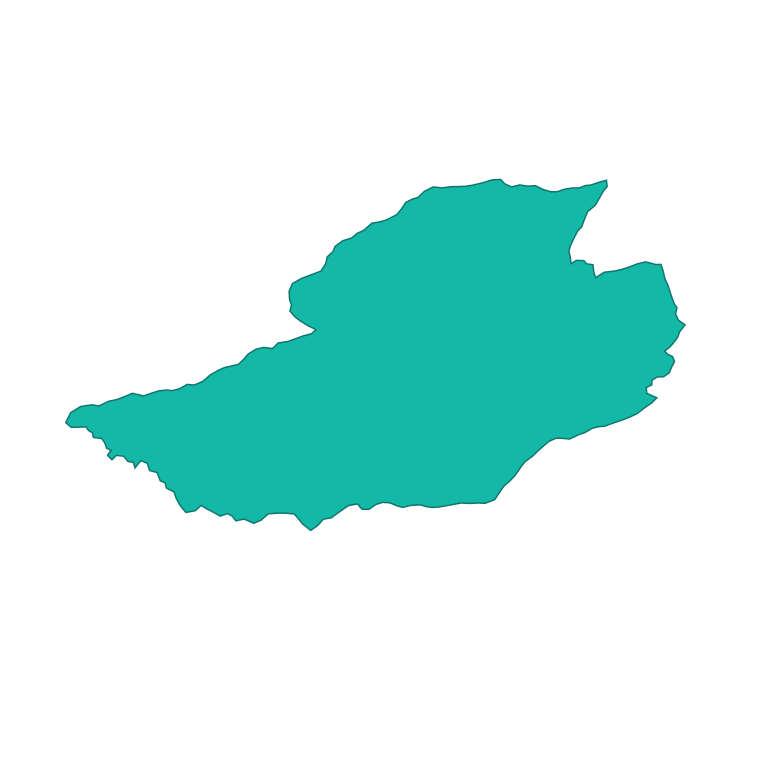 outline of Curitiba, Paraná, Brazil, rotated 63°
{"feature_id": "56859067B20014913756231", "entity_name": "Curitiba", "entity_type": "district", "adm_level": 2, "iso_a3": "BRA", "parent_name": "Brazil", "parent_adm1": "Paraná", "projection": "equal_earth", "projection_center": [-49.292, -25.495], "detail": "fine", "context": "isolated", "style": "filled", "palette": "teal", "viewbox_px": 768, "rotation_deg": 63, "n_neighbors": 0, "source": "geoboundaries", "source_scale": "gbopen_adm2", "svg_char_len": 3020}
<svg xmlns="http://www.w3.org/2000/svg" viewBox="0 0 768 768"><g transform="rotate(63 384 384)"><path d="M303.4,93.3L301.7,101.6L300.7,109.2L298.6,114.5L298.0,120.9L294.9,127.0L292.3,135.1L291.4,142.1L288.5,148.0L283.1,153.8L276.0,159.1L273.0,166.0L268.2,172.8L266.3,180.9L260.4,185.6L254.7,187.2L251.2,195.1L249.6,204.3L247.2,214.4L244.6,222.3L238.7,234.6L235.6,243.2L230.7,250.8L230.7,260.6L233.2,269.1L232.1,274.9L232.1,282.2L235.9,288.8L238.9,295.9L238.9,307.8L237.3,315.5L235.2,321.6L237.9,332.3L237.6,339.5L239.2,346.9L237.6,355.7L239.2,365.1L243.0,369.6L244.9,376.8L250.3,381.3L254.8,388.9L253.7,398.6L252.5,409.5L252.9,419.9L258.3,426.4L266.1,429.9L271.5,430.5L276.3,434.7L283.9,432.8L289.7,430.0L298.3,424.8L304.6,419.9L306.3,425.8L304.4,434.7L302.5,450.2L299.4,459.7L301.8,467.3L296.8,474.5L294.9,482.3L295.6,491.2L298.0,497.0L300.4,504.5L299.1,510.3L297.0,518.4L296.6,525.0L297.0,534.5L299.4,544.2L298.8,553.5L295.0,559.5L295.4,568.6L293.8,575.6L290.7,580.5L287.9,587.6L286.7,594.8L285.5,603.7L282.0,607.7L278.0,612.5L277.5,621.0L276.5,629.5L274.4,637.1L274.2,648.0L270.2,653.3L268.1,658.9L266.4,664.7L267.2,676.0L274.0,685.1L280.6,682.3L284.1,675.0L286.9,669.0L291.3,668.4L295.2,665.9L299.7,667.2L304.4,660.3L309.8,659.5L315.2,660.3L319.3,657.4L322.0,662.7L328.0,660.8L326.1,654.9L330.1,648.8L336.9,647.2L340.0,642.8L345.7,644.0L341.9,635.5L347.1,630.9L354.7,632.1L359.8,626.4L368.7,627.3L372.6,623.9L378.0,625.1L385.1,620.0L391.0,621.0L397.6,621.0L403.5,620.0L408.5,618.8L411.2,609.7L409.2,602.1L415.1,598.4L418.9,595.6L423.3,592.6L427.3,590.0L428.5,582.1L433.0,579.1L438.7,578.1L440.8,570.0L449.0,563.3L449.5,555.3L447.2,546.0L451.1,536.7L454.9,529.5L459.2,522.8L471.9,520.0L481.2,515.8L479.9,507.1L476.9,499.4L479.3,491.9L477.9,483.3L476.2,470.8L478.8,462.1L485.6,460.5L488.9,454.3L487.6,446.1L488.9,438.8L492.5,432.8L499.1,427.1L502.5,423.2L504.3,415.4L508.1,406.6L512.6,401.8L515.9,397.0L518.7,390.5L520.8,383.5L522.7,377.2L525.0,369.3L529.2,362.1L532.9,353.8L536.2,348.2L537.3,337.9L533.1,330.4L529.5,323.8L527.2,315.0L525.0,308.9L522.3,303.6L519.6,298.8L517.3,293.5L515.7,284.4L513.8,278.2L511.7,270.3L510.0,263.2L510.4,255.2L513.3,249.9L517.3,243.6L517.6,233.1L518.5,226.1L518.0,218.5L519.6,212.0L521.8,206.3L523.0,196.2L524.2,188.9L525.1,178.7L525.3,172.1L523.4,162.0L522.5,154.4L520.2,147.2L511.6,154.1L506.2,151.9L506.3,145.8L502.3,143.6L501.8,137.3L504.4,131.7L503.6,124.8L499.2,119.7L495.8,114.9L490.4,114.5L486.4,117.7L482.1,119.0L481.0,113.3L479.1,108.0L475.6,101.0L471.7,96.9L468.0,88.9L460.7,92.7L453.9,92.4L448.9,88.3L444.4,89.0L438.2,88.3L431.4,87.3L424.6,86.1L418.4,86.1L410.2,84.0L403.2,82.9L400.9,87.7L397.2,91.7L393.9,95.6L391.9,104.2L391.0,112.9L390.1,118.6L388.4,126.2L384.4,137.0L385.3,147.1L380.0,146.4L372.6,143.7L369.0,148.8L364.8,149.9L361.2,156.5L361.7,162.7L354.7,160.1L349.7,159.1L345.0,154.7L339.5,147.4L335.7,142.1L333.7,136.5L328.0,130.3L323.0,124.6L320.6,114.5L315.9,107.3L311.7,101.0L309.5,95.6L303.4,93.3Z" fill="#14b8a6" stroke="#0f766e" stroke-width="1.5"/></g></svg>